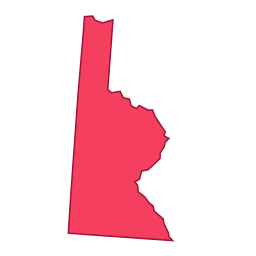 Sumter, Florida, United States of America (Mercator projection), rotated 184°
{"feature_id": "52423323B60260447284731", "entity_name": "Sumter", "entity_type": "district", "adm_level": 2, "iso_a3": "USA", "parent_name": "United States of America", "parent_adm1": "Florida", "projection": "mercator", "projection_center": [-82.144, 28.633], "detail": "fine", "context": "isolated", "style": "filled", "palette": "rose", "viewbox_px": 256, "rotation_deg": 184, "n_neighbors": 0, "source": "geoboundaries", "source_scale": "gbopen_adm2", "svg_char_len": 701}
<svg xmlns="http://www.w3.org/2000/svg" viewBox="0 0 256 256"><g transform="rotate(184 128 128)"><path d="M180.2,18.9L139.0,18.8L75.6,18.8L79.7,22.6L80.3,26.2L85.5,35.2L86.7,39.9L95.9,46.8L97.7,52.1L101.7,54.8L106.7,60.6L113.4,65.1L114.3,71.3L117.3,74.7L112.9,77.9L111.4,86.1L105.1,87.7L93.9,99.8L94.1,105.3L90.7,111.5L89.8,116.6L86.4,120.4L91.6,122.8L90.5,126.7L101.9,141.4L104.8,147.8L109.1,147.3L118.4,151.2L121.1,148.0L126.4,150.6L128.6,157.0L134.8,157.8L138.4,164.0L147.0,162.0L150.9,165.3L150.8,179.7L150.6,223.8L150.5,234.8L160.8,231.1L168.4,233.1L171.0,237.2L179.2,236.1L179.2,224.0L180.2,155.2L180.2,148.7L180.4,60.2L180.2,18.9Z" fill="#f43f5e" stroke="#9f1239" stroke-width="1.5"/></g></svg>